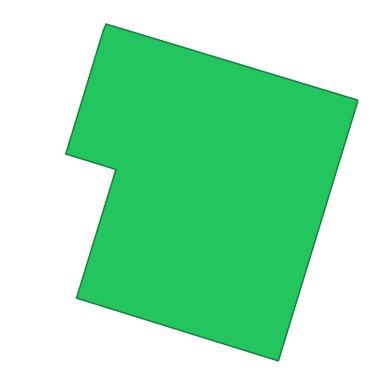 the district of Winkler, Texas, United States of America, rotated 287°
{"feature_id": "52423323B34965640211434", "entity_name": "Winkler", "entity_type": "district", "adm_level": 2, "iso_a3": "USA", "parent_name": "United States of America", "parent_adm1": "Texas", "projection": "albers", "projection_center": [-103.096, 31.869], "detail": "fine", "context": "isolated", "style": "filled", "palette": "green", "viewbox_px": 384, "rotation_deg": 287, "n_neighbors": 0, "source": "geoboundaries", "source_scale": "gbopen_adm2", "svg_char_len": 342}
<svg xmlns="http://www.w3.org/2000/svg" viewBox="0 0 384 384"><g transform="rotate(287 192 192)"><path d="M191.4,60.2L191.3,112.6L180.3,112.7L178.9,112.7L113.6,112.6L86.9,112.6L85.5,112.7L81.3,112.6L56.7,112.6L55.7,324.0L325.8,324.0L328.3,323.7L327.5,60.8L320.8,60.0L191.4,60.2Z" fill="#22c55e" stroke="#15803d" stroke-width="1.5"/></g></svg>